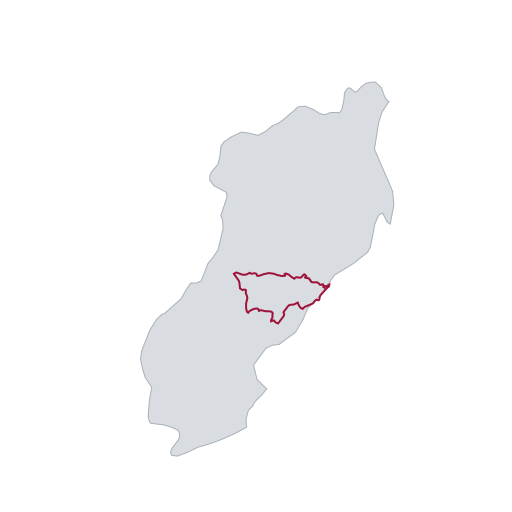 Tiranë highlighted on a map of Albania, rotated 216°
{"feature_id": "ALB-1529", "entity_name": "Tiranë", "entity_type": "County", "adm_level": 1, "iso_a3": "ALB", "parent_name": "Albania", "parent_adm1": "", "projection": "albers", "projection_center": [19.744, 41.26], "detail": "fine", "context": "in_parent", "style": "outline", "palette": "rose", "viewbox_px": 512, "rotation_deg": 216, "n_neighbors": 0, "source": "natural_earth", "source_scale": "10m", "svg_char_len": 3796}
<svg xmlns="http://www.w3.org/2000/svg" viewBox="0 0 512 512"><g transform="rotate(216 256 256)"><path d="M169.2,154.8L169.6,147.7L171.3,136.6L170.4,132.9L171.4,126.6L168.2,118.1L163.0,112.0L168.1,101.2L175.5,88.2L182.4,77.8L190.6,67.1L196.2,56.7L202.1,47.8L207.2,45.1L209.7,47.0L211.0,50.9L210.7,62.4L212.5,66.4L216.0,69.3L223.4,67.9L231.6,65.0L242.7,58.9L244.6,59.2L248.7,62.4L257.3,76.3L263.1,88.5L274.4,92.7L280.6,97.4L288.8,104.6L292.7,111.9L298.4,134.1L299.2,147.6L297.7,153.8L296.3,155.4L291.5,177.4L292.8,188.6L292.8,196.0L288.5,198.9L285.7,203.6L290.5,221.8L290.0,229.6L290.3,238.6L298.8,258.9L303.8,265.1L308.3,268.1L314.1,286.8L317.5,290.1L331.3,288.1L338.1,290.1L340.8,294.5L341.4,297.5L340.7,308.1L344.2,316.1L349.0,324.4L349.0,329.5L346.0,337.9L340.6,347.7L333.3,351.5L325.3,354.8L321.5,362.3L319.6,370.4L316.1,376.4L313.9,382.9L310.6,396.3L309.8,401.2L304.4,406.1L295.8,408.2L288.2,408.7L283.0,411.0L280.4,415.5L275.6,419.2L272.6,420.9L272.7,424.9L276.3,433.4L280.4,440.2L280.5,445.8L278.5,447.3L272.3,446.7L270.9,448.7L270.3,454.9L268.6,460.1L266.1,463.4L261.6,466.9L253.4,465.8L245.6,460.5L241.6,458.9L239.3,459.1L238.6,446.2L235.3,436.2L223.0,412.1L183.5,388.6L174.2,378.0L170.2,369.1L166.1,360.7L170.0,360.5L173.9,362.7L178.8,365.2L180.8,361.0L178.7,351.9L168.7,330.5L167.9,324.6L173.0,306.7L181.3,286.7L180.8,262.3L183.4,244.0L180.6,232.0L179.3,217.4L185.4,198.0L190.5,193.2L193.7,187.1L193.9,166.3L182.4,156.6L169.2,154.8Z" fill="#d9dde1" stroke="#a8b0b8" stroke-width="1"/><path d="M179.9,275.9L179.1,274.3L179.2,273.6L179.6,272.9L180.8,262.2L180.3,260.0L179.7,259.0L179.2,257.9L179.3,257.0L181.6,255.9L182.0,254.3L182.0,252.4L182.2,250.8L186.5,243.8L187.3,241.1L187.2,240.6L189.9,240.3L192.8,241.5L194.8,242.9L196.9,239.0L199.6,236.6L200.3,235.6L200.6,234.0L200.7,232.4L200.6,230.6L200.8,228.2L200.8,227.2L200.6,226.5L199.5,226.0L199.0,225.5L198.4,224.1L198.3,222.4L198.5,214.4L201.3,213.8L203.4,214.4L204.1,214.1L204.6,213.4L204.9,212.7L205.4,212.0L205.8,212.3L206.1,213.1L206.5,215.5L206.7,216.1L207.0,216.8L207.5,217.2L207.8,217.5L208.1,217.9L208.3,218.7L208.8,219.5L209.4,219.9L210.7,219.9L211.6,219.7L212.7,219.1L215.8,216.9L220.1,215.1L220.6,214.8L220.9,214.2L221.0,213.7L221.2,213.3L221.7,213.5L222.7,214.3L223.5,214.4L224.4,214.1L226.3,212.3L227.1,211.2L228.5,208.5L228.8,207.8L228.9,207.0L229.0,205.5L230.2,205.5L231.1,206.0L232.4,207.1L234.4,209.3L236.6,212.7L236.9,213.6L237.0,214.2L237.2,214.6L237.8,215.5L237.9,216.0L238.1,216.5L238.4,217.1L240.4,218.7L242.2,219.8L242.9,220.6L243.8,222.2L244.5,222.5L245.2,222.4L246.3,221.3L246.9,220.5L249.9,220.4L253.9,224.8L255.4,225.9L263.4,228.6L262.8,230.2L262.5,230.7L262.0,231.2L256.3,232.8L255.3,233.3L252.9,235.3L251.2,238.7L249.5,238.9L248.8,239.4L247.1,241.1L246.5,241.5L245.8,241.7L244.9,241.6L244.2,241.2L243.8,240.8L243.1,240.8L242.3,241.4L240.7,243.3L239.4,245.4L236.2,249.1L235.5,249.8L230.8,252.3L228.5,252.8L223.4,254.9L220.9,257.1L221.0,257.5L221.3,257.9L221.9,258.1L222.3,258.3L222.2,258.6L221.7,259.2L220.4,259.8L218.3,260.2L215.0,259.9L211.6,260.2L211.4,261.7L211.0,262.3L210.4,262.9L207.9,264.1L207.0,265.0L206.7,266.5L206.6,267.5L206.5,268.8L206.2,269.4L205.9,269.7L203.6,269.3L203.9,268.3L203.9,268.0L203.8,267.7L203.7,267.5L203.5,267.4L203.2,267.4L202.6,267.6L200.8,268.8L200.2,269.0L199.7,268.9L199.5,268.6L199.2,268.5L198.1,268.5L198.0,268.3L197.9,268.2L197.7,268.1L196.9,268.0L196.1,267.6L195.8,267.5L195.0,267.9L193.9,268.5L192.1,270.0L191.2,270.6L190.2,270.7L188.5,270.7L188.1,270.5L187.6,270.3L187.1,270.4L186.6,270.7L186.0,271.7L185.6,272.2L185.1,272.4L184.5,272.1L183.7,270.9L183.3,270.5L182.9,270.5L182.4,270.6L182.1,270.6L182.5,271.4L182.6,271.8L182.5,272.3L181.9,272.5L181.6,272.5L181.3,272.7L181.1,273.0L179.9,275.9L179.9,275.9Z" fill="none" stroke="#9f1239" stroke-width="2"/></g></svg>